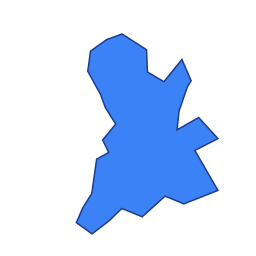 map outline of Durbes (Natural Earth projection), rotated 250°
{"feature_id": "LVA-5720", "entity_name": "Durbes", "entity_type": "Municipality", "adm_level": 1, "iso_a3": "LVA", "parent_name": "Latvia", "parent_adm1": "", "projection": "natural_earth1", "projection_center": [21.414, 56.63], "detail": "fine", "context": "isolated", "style": "filled", "palette": "blue", "viewbox_px": 256, "rotation_deg": 250, "n_neighbors": 0, "source": "natural_earth", "source_scale": "10m", "svg_char_len": 534}
<svg xmlns="http://www.w3.org/2000/svg" viewBox="0 0 256 256"><g transform="rotate(250 128 128)"><path d="M56.7,47.1L68.3,58.0L78.9,71.6L109.5,87.9L111.6,101.5L125.4,100.1L135.9,117.8L155.0,113.7L168.7,113.7L195.1,109.6L213.1,119.1L218.4,138.2L218.4,154.5L195.2,172.2L174.0,165.4L159.2,177.6L174.0,202.1L150.8,203.5L146.5,198.0L126.4,181.7L109.5,173.5L113.7,198.0L87.3,208.9L84.1,183.1L38.6,191.2L37.6,154.5L51.3,139.5L39.7,111.0L54.5,94.7L47.2,78.3L40.8,58.0L56.7,47.1Z" fill="#3b82f6" stroke="#1e3a8a" stroke-width="1.5"/></g></svg>